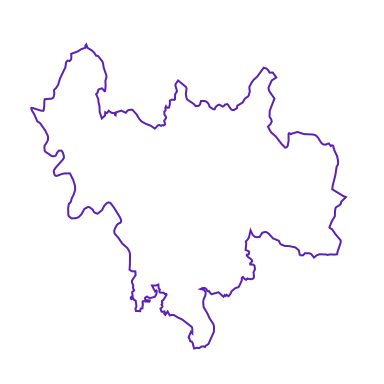 Thai Nguyen, Thái Nguyên, Vietnam, rotated 175°
{"feature_id": "81297802B43105107768719", "entity_name": "Thai Nguyen", "entity_type": "district", "adm_level": 2, "iso_a3": "VNM", "parent_name": "Vietnam", "parent_adm1": "Thái Nguyên", "projection": "equal_earth", "projection_center": [105.819, 21.567], "detail": "fine", "context": "isolated", "style": "outline", "palette": "violet", "viewbox_px": 384, "rotation_deg": 175, "n_neighbors": 0, "source": "geoboundaries", "source_scale": "gbopen_adm2", "svg_char_len": 5972}
<svg xmlns="http://www.w3.org/2000/svg" viewBox="0 0 384 384"><g transform="rotate(175 192 192)"><path d="M39.1,173.5L41.5,174.7L52.1,182.5L51.2,186.3L47.7,196.4L45.7,204.7L44.2,206.7L44.0,207.4L43.8,210.8L44.4,215.3L46.5,220.9L46.7,222.7L47.2,223.7L47.1,225.2L47.7,226.1L48.8,226.3L49.7,225.7L51.5,228.4L52.8,228.2L54.5,227.5L56.5,227.8L58.0,228.6L59.4,230.5L61.7,235.2L63.6,237.5L64.7,238.1L66.8,238.8L75.3,239.9L81.7,242.6L87.3,241.5L88.5,240.9L89.8,242.1L90.3,242.1L90.8,241.2L91.3,234.7L92.6,229.8L93.6,228.5L95.3,228.0L98.6,232.1L103.8,240.2L107.5,243.9L108.8,246.1L110.6,250.5L108.0,252.7L106.4,255.3L106.8,257.6L108.2,260.2L107.5,266.1L101.7,277.9L106.2,285.6L106.7,287.9L106.7,289.2L102.9,296.1L98.0,298.8L101.2,304.0L104.3,304.1L105.5,306.6L106.9,308.4L109.7,309.6L116.7,301.5L121.0,298.2L123.1,295.7L125.5,292.0L125.8,291.0L125.7,287.0L127.0,283.4L127.8,282.3L131.0,280.6L133.9,276.6L139.2,274.1L139.6,273.5L139.9,271.6L143.1,270.0L144.7,270.2L145.9,271.0L148.6,275.9L149.3,276.5L151.4,276.2L152.6,275.0L153.9,274.4L157.2,276.6L158.5,276.4L161.1,274.6L162.1,272.6L162.6,272.4L163.8,272.8L167.0,275.3L167.9,278.4L168.9,279.8L170.3,281.1L171.7,281.6L175.1,281.9L176.3,278.7L177.3,277.6L178.2,277.2L180.9,277.3L182.7,279.7L188.7,284.5L189.3,286.2L189.6,290.3L188.4,295.3L188.7,297.0L196.1,304.3L199.1,300.7L199.2,299.1L198.4,295.4L198.3,293.3L200.3,290.9L200.9,285.8L201.5,285.3L203.9,285.8L206.1,285.0L206.4,281.3L207.5,278.1L209.0,278.0L209.8,278.6L210.4,279.7L211.0,278.7L211.3,277.9L211.1,275.9L212.6,274.4L212.7,271.4L211.3,269.1L211.3,268.5L211.7,267.6L213.5,265.3L212.9,261.7L214.6,260.7L215.8,261.2L217.1,260.6L218.5,261.5L219.3,261.6L220.0,261.4L223.5,258.4L227.4,261.7L232.0,263.9L235.8,266.4L238.0,269.1L240.5,274.2L244.1,279.0L244.8,279.3L248.1,279.1L249.1,278.7L251.1,276.7L255.3,279.2L260.8,278.0L261.4,275.1L261.9,275.4L262.4,277.5L265.1,277.8L268.0,280.2L269.5,278.3L270.2,278.0L271.5,279.0L272.0,275.8L275.4,273.1L277.0,279.9L276.7,285.9L277.3,289.4L277.3,292.8L279.0,297.9L277.4,299.2L276.4,302.0L275.4,302.6L272.6,303.1L270.3,300.0L269.8,300.1L268.8,305.2L268.6,310.3L267.1,314.1L267.3,316.3L269.1,323.4L269.4,327.8L269.9,329.9L273.5,335.3L274.1,335.9L275.6,336.1L277.5,339.6L279.5,341.8L283.5,344.7L284.5,348.2L285.4,347.2L285.8,344.9L289.7,344.0L294.0,341.8L300.3,340.2L300.4,336.9L301.0,334.5L302.5,333.1L304.5,333.7L306.1,332.3L307.3,327.2L313.8,316.2L315.9,310.6L318.3,307.5L320.1,306.1L320.6,305.3L320.6,301.6L321.8,298.1L323.8,297.2L330.6,297.3L331.1,295.8L331.8,289.9L332.7,286.2L333.2,285.8L335.6,286.3L343.5,289.6L344.4,289.8L344.9,289.5L344.3,287.0L342.4,283.2L340.0,275.9L337.3,273.8L332.8,265.9L330.8,260.7L330.6,259.1L330.9,256.5L332.3,254.1L334.8,251.0L335.2,249.1L335.1,245.9L334.7,245.0L328.8,240.2L327.6,239.7L325.7,239.7L324.4,240.3L322.8,243.1L321.1,244.8L318.9,244.7L318.2,244.3L317.2,242.4L316.5,238.9L316.6,237.2L317.9,235.5L325.8,228.0L327.6,225.7L328.0,224.6L327.4,221.1L326.6,220.1L325.3,219.8L319.7,221.4L317.3,221.6L312.0,221.2L309.4,214.7L308.0,208.4L308.2,204.3L310.1,199.8L312.2,196.5L313.5,193.0L314.3,191.9L315.6,191.1L316.8,186.8L317.2,180.2L316.9,178.7L314.4,176.3L310.8,176.0L308.7,176.3L306.9,177.0L304.0,179.5L300.8,184.4L297.1,186.1L295.9,186.0L294.6,185.1L292.4,183.0L291.5,180.7L290.8,180.0L288.0,178.6L283.2,181.8L280.6,185.9L277.8,188.4L276.0,188.9L274.2,188.2L271.2,183.4L269.3,179.8L266.2,173.5L265.1,170.4L265.2,168.9L265.8,167.7L268.5,166.7L269.7,165.7L271.9,162.5L272.9,159.8L272.8,157.9L272.4,156.9L269.3,152.7L266.0,146.8L261.2,141.7L259.7,138.6L259.1,135.5L260.2,125.0L261.0,120.0L258.6,118.2L255.4,117.9L255.4,114.1L259.5,109.1L259.6,107.1L258.7,103.7L259.2,101.5L258.2,99.1L258.4,98.7L260.0,97.9L260.4,97.4L260.2,93.5L262.1,92.4L262.2,91.7L262.2,91.0L261.7,90.5L260.0,91.5L259.2,89.6L257.6,88.7L257.3,83.0L258.5,80.4L258.2,78.4L254.1,77.8L253.3,80.3L251.5,80.4L251.3,82.3L250.8,83.7L250.8,87.0L250.5,87.5L244.1,86.4L243.6,87.5L247.9,88.5L248.1,90.5L246.6,91.6L246.0,91.8L243.4,89.9L238.2,90.8L236.7,92.8L236.0,94.6L235.8,96.5L236.0,97.0L237.5,96.2L240.0,102.3L236.1,102.0L233.6,102.7L233.6,99.2L232.5,97.5L233.1,96.8L233.2,95.5L232.5,94.6L229.0,94.1L228.0,92.7L226.6,92.8L226.3,92.3L226.4,91.7L229.3,87.7L230.2,86.7L231.4,86.1L231.6,85.0L231.2,83.3L232.2,82.4L231.4,81.1L231.5,80.1L233.6,78.5L232.8,75.5L232.3,75.2L229.8,75.4L229.7,74.3L230.3,73.3L229.3,71.9L226.7,75.1L224.9,70.9L223.2,71.3L220.7,71.0L216.6,67.9L213.2,66.1L204.3,57.9L203.8,57.2L203.6,55.8L204.0,51.1L205.3,52.7L208.1,47.4L207.3,46.0L206.7,43.4L205.3,43.1L204.5,41.5L203.6,35.9L200.6,36.4L198.6,35.8L195.8,37.3L193.8,37.1L192.6,36.4L191.9,37.5L188.9,39.1L182.4,50.8L181.8,55.5L182.1,58.2L185.7,65.1L187.1,69.3L190.5,76.5L190.4,81.8L189.6,84.5L187.9,87.4L187.3,89.3L187.2,90.7L187.4,91.6L188.8,93.5L192.0,94.6L189.5,95.5L187.6,95.2L186.2,94.2L185.5,92.3L184.2,91.6L183.8,91.8L182.4,89.5L181.3,88.5L174.4,89.8L169.7,84.9L168.4,86.5L167.5,85.5L166.5,86.6L164.7,85.0L162.7,87.0L161.1,89.8L157.3,92.4L154.0,93.2L153.2,94.1L150.1,99.6L149.9,102.0L149.4,102.6L148.6,102.9L147.2,100.8L145.7,99.8L144.4,101.0L144.0,100.5L142.5,100.5L140.4,99.9L138.9,100.3L138.0,101.1L137.6,102.2L137.7,106.7L136.0,109.6L136.1,112.9L137.1,114.3L140.3,114.7L140.3,115.7L138.1,117.7L138.1,118.7L139.5,120.4L141.9,122.4L143.0,124.0L142.8,124.8L141.2,124.8L140.7,125.4L140.3,126.8L140.6,128.0L143.7,129.6L142.4,136.1L142.7,137.9L140.1,140.5L139.2,141.9L137.0,148.7L135.3,144.0L133.4,141.9L131.8,141.4L128.6,141.3L125.5,145.3L122.8,145.8L121.3,145.5L119.2,143.8L115.3,138.7L109.8,135.9L108.7,132.9L107.9,132.0L104.3,130.2L99.7,129.6L93.9,127.8L90.7,124.7L90.2,120.3L89.3,119.4L86.7,119.3L84.9,121.1L80.3,120.7L78.6,119.7L76.2,116.1L73.0,118.2L70.6,118.8L64.3,118.2L62.6,117.5L59.9,117.8L55.4,117.2L52.9,117.3L52.1,120.1L48.8,127.4L48.1,129.6L48.2,131.0L52.7,137.4L55.6,142.5L57.9,144.2L58.2,144.8L55.3,150.6L51.8,155.4L51.2,160.5L50.4,163.6L49.4,164.5L46.1,166.0L44.8,167.3L44.2,169.3L39.1,173.5Z" fill="none" stroke="#5b21b6" stroke-width="2"/></g></svg>